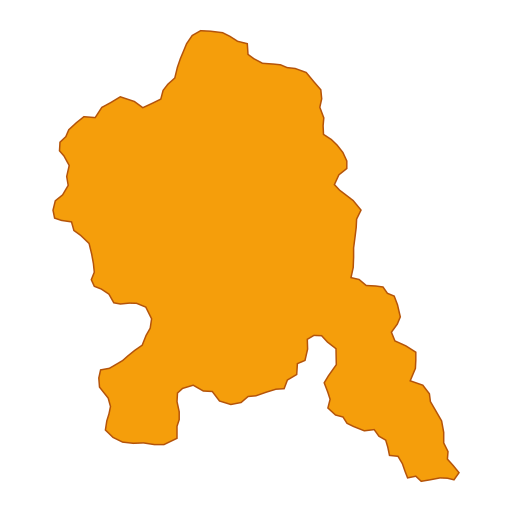 Venda Nova do Imigrante, Espírito Santo, Brazil (Albers equal-area conic projection)
{"feature_id": "56859067B87905446855481", "entity_name": "Venda Nova do Imigrante", "entity_type": "district", "adm_level": 2, "iso_a3": "BRA", "parent_name": "Brazil", "parent_adm1": "Espírito Santo", "projection": "albers", "projection_center": [-41.134, -20.372], "detail": "fine", "context": "isolated", "style": "filled", "palette": "amber", "viewbox_px": 512, "rotation_deg": 0, "n_neighbors": 0, "source": "geoboundaries", "source_scale": "gbopen_adm2", "svg_char_len": 2369}
<svg xmlns="http://www.w3.org/2000/svg" viewBox="0 0 512 512"><path d="M192.2,35.5L186.6,43.7L183.3,51.7L180.4,58.6L177.4,67.3L174.8,78.0L167.8,84.3L163.1,90.4L160.8,99.1L152.7,103.1L142.8,107.7L134.4,101.5L120.3,96.8L110.7,102.6L101.8,107.4L95.2,117.6L83.9,116.7L76.4,122.7L68.8,129.7L65.8,136.7L60.0,142.2L59.5,150.8L64.0,156.0L69.2,165.5L66.7,176.5L68.2,185.4L62.6,194.9L55.3,200.8L53.0,210.2L54.6,218.1L61.4,220.4L71.5,221.9L73.9,230.5L80.7,235.4L89.1,243.5L91.7,254.2L93.4,263.5L94.3,272.2L91.3,279.7L94.3,286.3L101.2,289.0L108.9,294.1L113.8,302.8L120.4,304.0L129.3,303.1L136.6,303.3L145.8,307.1L151.6,318.8L150.2,328.2L146.1,335.4L142.2,345.2L134.7,350.4L127.9,355.9L122.7,360.5L116.8,364.0L109.4,368.3L100.6,369.9L98.8,378.0L99.5,387.1L108.2,398.1L110.5,406.5L109.0,413.8L106.8,420.9L105.4,430.0L113.0,437.4L122.6,442.1L133.3,443.3L143.5,442.9L154.5,444.6L163.9,444.6L177.0,438.3L177.0,426.3L179.2,419.6L179.2,411.8L177.0,401.6L177.5,393.0L182.6,388.4L193.2,385.2L203.3,391.0L212.3,391.5L219.5,401.0L230.8,404.5L241.1,402.5L248.1,396.5L255.9,395.8L266.2,392.2L275.9,389.2L284.1,388.7L287.4,380.0L296.7,374.5L297.4,363.6L305.0,360.4L307.6,349.1L307.3,339.3L313.9,335.4L321.6,335.7L327.5,342.1L336.0,348.7L336.3,364.7L328.5,375.7L324.2,382.8L327.8,392.2L330.1,399.3L327.9,408.0L335.5,415.0L343.0,417.0L347.0,423.3L353.3,426.4L364.3,430.8L374.2,429.6L378.9,436.2L385.7,440.1L387.8,447.2L389.5,455.4L398.0,456.3L402.4,463.7L405.0,471.2L407.6,477.9L415.8,476.2L421.2,481.3L430.1,479.8L440.0,477.9L447.4,478.2L454.0,479.8L459.0,472.7L453.3,465.7L447.4,459.1L448.0,451.6L443.7,442.9L443.7,432.4L441.6,420.9L435.3,410.0L430.4,401.6L429.4,393.8L422.8,385.2L410.2,380.8L415.4,368.4L415.8,360.2L415.8,352.2L405.9,345.9L394.9,340.9L391.4,332.2L397.3,324.1L400.3,316.9L397.5,304.8L394.2,296.1L387.4,293.3L383.0,287.0L375.7,286.0L366.2,285.5L359.1,279.5L351.0,277.6L353.2,267.5L353.6,257.2L353.6,247.9L355.1,236.4L356.2,227.4L356.6,219.1L361.0,210.1L353.2,200.6L346.3,195.3L339.6,190.2L334.4,184.6L338.9,174.8L346.8,168.5L346.8,161.0L342.9,152.5L337.0,145.0L331.3,139.5L323.5,134.4L323.1,125.7L323.8,117.9L319.8,107.3L321.7,98.8L320.8,89.8L313.9,81.8L306.2,72.5L295.2,68.5L287.1,67.6L280.5,64.8L273.8,64.1L262.5,63.3L253.8,58.7L248.0,54.4L247.3,43.7L237.6,41.3L230.0,36.4L222.6,32.7L210.5,31.2L200.6,30.7L192.2,35.5Z" fill="#f59e0b" stroke="#b45309" stroke-width="1.5"/></svg>